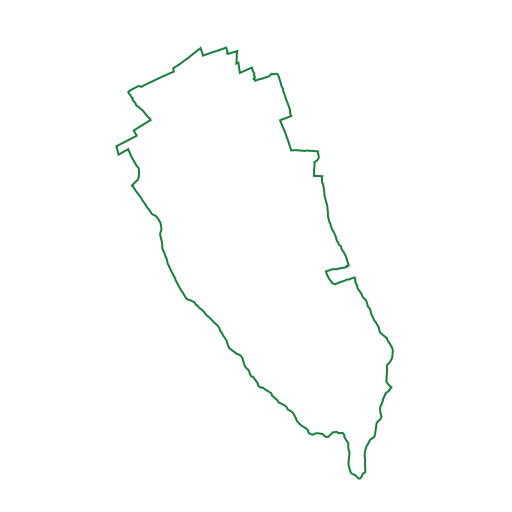 outline of Pancesti, Neamt, Romania, rotated 191°
{"feature_id": "2599482B84099352345268", "entity_name": "Pancesti", "entity_type": "district", "adm_level": 2, "iso_a3": "ROU", "parent_name": "Romania", "parent_adm1": "Neamt", "projection": "albers", "projection_center": [27.134, 46.914], "detail": "fine", "context": "isolated", "style": "outline", "palette": "green", "viewbox_px": 512, "rotation_deg": 191, "n_neighbors": 0, "source": "geoboundaries", "source_scale": "gbopen_adm2", "svg_char_len": 6084}
<svg xmlns="http://www.w3.org/2000/svg" viewBox="0 0 512 512"><g transform="rotate(191 256 256)"><path d="M373.1,424.5L372.2,422.0L371.8,421.4L381.8,414.5L398.0,402.6L400.8,400.1L403.2,400.6L403.8,400.4L409.5,395.9L411.5,394.1L412.6,392.7L412.6,392.2L411.2,390.7L410.1,390.0L409.0,388.6L408.4,388.0L407.2,387.5L407.1,386.3L406.9,385.8L405.2,384.1L404.3,383.8L403.8,383.4L402.2,380.9L401.6,380.5L399.5,379.8L397.6,378.5L395.2,377.4L388.6,371.8L386.7,370.8L385.4,369.4L400.0,355.9L397.1,352.5L396.4,352.0L396.1,351.5L396.1,351.2L414.0,337.1L410.2,329.3L401.8,336.6L401.0,334.9L399.8,333.5L398.1,330.9L395.9,328.1L390.4,321.8L388.3,320.1L387.7,319.3L386.8,316.3L386.1,310.5L386.3,309.5L386.7,308.1L390.2,303.2L391.3,301.5L391.1,301.2L390.0,300.9L388.1,298.7L386.1,296.7L380.6,291.8L378.2,289.1L373.7,284.7L371.9,282.6L369.2,280.6L366.9,278.0L365.5,277.0L362.9,276.5L361.3,275.8L358.9,273.5L356.4,270.7L355.5,269.1L354.0,264.7L353.9,263.9L354.3,260.4L354.2,258.7L351.1,251.8L349.8,247.8L349.7,246.2L349.4,245.6L348.0,243.5L346.8,242.1L344.9,238.5L342.8,235.6L341.4,232.1L340.9,231.2L339.6,229.6L336.6,225.4L331.2,218.7L330.7,217.8L330.5,217.2L323.4,208.5L320.6,205.7L316.1,200.8L314.6,200.2L312.8,200.2L308.0,199.0L307.1,198.5L306.0,196.9L305.4,196.5L303.9,196.2L302.5,194.8L301.4,194.0L299.6,193.3L295.8,190.8L294.1,188.9L289.7,186.5L284.8,183.0L280.0,180.1L278.0,177.9L277.0,175.8L276.4,175.5L274.8,173.9L272.2,170.7L270.9,169.6L268.9,167.5L266.3,162.6L265.1,161.3L265.0,160.6L263.7,159.9L263.2,159.8L261.0,158.6L259.5,158.0L258.9,157.6L257.8,157.2L257.4,156.6L257.1,156.5L252.6,155.6L250.8,154.3L249.8,153.0L249.1,151.8L248.6,150.6L247.6,148.9L246.0,145.8L244.6,144.5L242.6,143.3L240.8,141.7L239.7,139.4L238.6,138.1L238.3,137.4L237.5,136.9L236.1,136.8L235.6,136.5L231.9,133.1L231.3,132.7L229.7,130.9L229.0,129.0L228.6,128.7L226.6,127.8L224.0,128.0L221.6,126.7L214.9,124.3L213.5,121.9L207.6,118.6L206.0,116.6L201.2,115.4L199.3,114.8L197.6,113.9L196.8,113.1L195.6,111.5L194.5,111.0L191.7,110.2L190.4,109.5L189.1,108.3L185.8,104.3L185.0,102.7L184.2,101.8L181.0,99.3L179.2,98.3L173.4,96.0L172.4,95.3L171.6,94.7L171.7,94.2L170.8,92.8L169.8,92.0L168.2,91.6L166.3,91.5L165.4,91.8L163.6,93.3L163.2,93.5L161.1,93.8L157.6,94.0L156.3,93.8L154.8,92.6L153.7,92.3L152.9,91.8L152.1,91.7L150.9,92.1L150.1,92.6L149.6,93.8L148.7,94.8L148.2,95.9L147.5,96.4L147.1,97.3L146.3,97.8L144.8,98.1L144.3,98.5L143.3,98.8L142.9,98.8L141.7,97.9L141.1,97.9L140.5,98.1L139.9,98.0L137.5,98.9L137.0,98.8L135.9,97.8L134.9,96.6L134.9,95.4L134.3,94.6L129.5,89.5L129.2,87.1L128.7,85.1L128.0,83.2L126.8,81.2L126.7,80.0L126.4,79.4L126.3,76.1L125.5,69.2L124.4,66.6L121.9,61.9L121.1,61.0L120.2,60.6L116.7,59.9L113.5,57.5L112.1,57.2L111.4,57.4L111.2,57.6L110.5,59.3L110.0,60.2L109.7,62.5L107.9,64.2L107.7,64.5L107.6,65.3L108.9,71.1L109.4,72.2L109.6,74.5L109.8,75.3L110.0,77.3L110.3,77.5L111.6,82.1L111.6,87.0L111.3,88.5L111.3,90.1L110.1,92.9L109.8,94.7L108.8,97.6L105.5,100.8L105.2,102.5L105.2,105.5L105.7,114.8L105.6,115.2L105.3,115.7L104.7,117.0L103.9,117.7L102.7,119.8L102.3,121.4L102.3,122.6L102.5,123.2L103.7,125.2L104.9,128.9L105.2,132.0L104.6,133.7L104.1,137.3L103.8,138.3L104.0,139.8L103.3,142.4L103.0,142.9L102.9,143.9L103.1,144.8L102.9,145.0L102.5,145.2L102.1,146.7L100.2,148.3L99.7,149.4L99.3,150.8L98.0,152.9L101.5,155.0L102.6,156.3L104.0,157.5L104.3,158.1L104.3,160.4L104.9,162.5L105.0,165.3L105.3,167.2L105.9,170.4L106.4,172.4L106.4,173.7L106.2,174.6L104.4,177.1L103.7,179.1L103.1,181.4L103.0,182.3L103.2,185.7L103.8,189.9L105.0,192.0L108.4,196.0L109.7,197.2L110.8,198.3L111.2,199.0L111.7,200.5L113.3,201.0L119.8,204.7L121.0,207.3L121.5,208.8L123.2,211.1L124.4,212.0L125.7,213.8L127.7,215.3L128.8,217.2L130.5,219.1L131.6,220.7L133.4,224.7L134.1,225.7L135.2,226.9L136.7,227.9L137.3,229.5L139.2,233.0L140.7,234.4L143.1,235.8L144.0,236.9L145.5,239.4L146.3,239.8L146.7,240.5L149.8,243.3L150.5,244.4L150.8,245.6L151.4,246.3L152.5,248.2L153.6,249.5L153.9,251.1L154.2,251.6L154.5,253.1L155.0,253.0L155.4,253.6L155.7,253.5L158.8,251.7L160.0,250.7L162.0,250.4L164.0,248.8L168.8,246.2L173.1,243.3L173.8,243.6L176.4,244.1L176.8,244.9L178.1,245.9L180.2,247.9L182.8,251.3L184.4,254.2L180.7,256.2L179.1,257.3L177.1,257.9L174.1,258.5L170.2,260.4L166.5,261.6L165.3,262.6L164.5,262.8L164.5,263.1L164.8,263.7L163.2,264.4L164.5,267.2L165.5,268.5L165.7,269.4L166.4,270.2L167.7,272.8L170.9,276.8L172.9,278.6L173.7,279.8L174.1,281.2L174.5,281.7L176.9,283.1L177.6,284.2L178.0,285.1L178.7,285.5L179.5,286.4L182.2,291.6L183.8,293.8L185.8,296.0L187.4,298.2L188.9,301.4L190.9,304.2L192.0,306.9L192.7,308.0L192.9,309.1L193.3,310.2L193.9,313.3L194.9,315.9L195.1,317.2L196.0,319.6L196.7,321.1L197.5,322.3L198.9,325.5L199.6,326.8L200.6,329.3L201.8,333.9L203.8,339.0L204.8,340.4L205.4,341.6L206.2,345.2L206.3,346.0L206.2,347.0L214.4,345.7L214.6,347.7L215.4,351.2L216.0,357.6L216.6,358.7L216.5,359.2L216.3,359.6L214.2,361.5L213.3,363.6L213.2,364.9L213.6,366.5L213.9,367.2L214.5,367.8L215.1,370.6L218.3,370.1L222.0,369.8L223.6,369.4L226.1,369.4L227.4,368.7L228.0,368.5L232.9,367.9L234.1,367.9L238.6,367.2L241.6,366.3L247.1,376.4L248.5,378.5L250.6,382.3L258.3,393.8L254.4,396.3L253.1,396.9L248.1,400.2L248.5,400.5L249.0,401.2L250.1,403.8L250.4,405.8L250.6,406.4L251.7,407.8L252.4,409.2L256.6,416.0L259.2,420.7L260.8,423.1L261.6,425.7L263.0,427.2L263.5,428.0L265.3,431.7L266.0,432.8L268.0,436.8L269.6,438.6L270.4,438.8L271.3,438.6L272.1,438.4L273.0,437.9L274.4,437.6L274.7,437.9L275.1,438.0L275.6,437.7L275.8,437.0L276.4,436.5L277.2,435.2L278.0,434.5L280.9,433.0L283.7,431.3L285.8,430.5L288.8,428.8L290.2,427.9L291.1,428.9L291.7,429.0L292.1,429.3L291.9,430.1L291.3,430.4L291.2,430.7L291.4,431.6L291.6,432.1L292.4,432.6L292.6,432.9L292.3,433.8L292.6,434.9L294.5,437.1L295.3,438.6L295.7,440.0L296.0,440.2L306.8,432.7L310.2,442.5L312.1,441.2L312.2,443.0L312.7,447.1L313.1,449.0L313.5,450.6L313.5,453.6L322.2,449.0L323.1,449.6L322.9,450.8L324.1,453.2L325.2,454.8L331.4,451.1L337.8,447.6L346.3,442.6L347.9,445.8L350.0,449.2L350.1,449.5L359.0,439.2L360.2,437.5L363.6,434.2L366.7,430.5L373.1,424.5Z" fill="none" stroke="#15803d" stroke-width="2"/></g></svg>